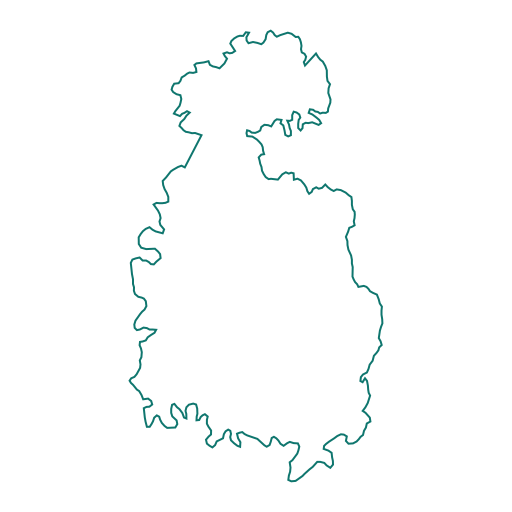 Curitibanos, Santa Catarina, Brazil
{"feature_id": "56859067B5132572853524", "entity_name": "Curitibanos", "entity_type": "district", "adm_level": 2, "iso_a3": "BRA", "parent_name": "Brazil", "parent_adm1": "Santa Catarina", "projection": "natural_earth1", "projection_center": [-50.624, -27.278], "detail": "fine", "context": "isolated", "style": "outline", "palette": "teal", "viewbox_px": 512, "rotation_deg": 0, "n_neighbors": 0, "source": "geoboundaries", "source_scale": "gbopen_adm2", "svg_char_len": 6046}
<svg xmlns="http://www.w3.org/2000/svg" viewBox="0 0 512 512"><path d="M143.2,399.3L148.1,398.6L151.2,401.0L152.2,404.5L149.4,406.7L146.5,406.9L143.8,408.2L144.8,417.5L145.6,421.8L146.9,426.8L149.7,426.8L151.5,424.1L153.0,421.3L154.2,417.7L156.8,415.4L159.2,416.7L160.1,419.6L161.8,422.9L164.6,426.0L167.2,427.9L175.3,427.5L177.3,424.1L176.6,420.4L172.3,416.4L171.2,412.9L171.2,408.9L172.1,404.8L174.4,403.9L177.0,407.2L179.5,409.2L182.4,413.1L184.0,417.5L186.4,418.5L186.3,413.9L185.5,410.9L186.4,407.3L188.9,404.7L193.2,403.6L196.1,404.5L197.2,408.6L197.4,413.8L196.7,416.5L196.5,420.3L199.2,420.0L200.7,417.0L202.6,415.3L204.9,414.2L207.7,416.5L206.9,419.8L206.9,423.7L208.4,426.6L211.1,430.5L211.0,434.5L208.6,436.6L206.0,439.7L206.9,443.6L209.5,445.7L212.4,447.4L215.1,445.1L216.7,441.4L223.0,438.3L223.9,434.1L225.6,431.3L228.2,429.6L230.3,430.8L231.0,433.9L230.2,437.1L231.0,440.3L234.0,443.2L237.4,445.8L240.1,446.8L240.4,442.2L238.1,438.3L237.0,433.7L239.6,432.7L242.3,432.1L244.5,434.0L247.2,435.4L257.4,438.9L264.4,445.3L266.7,446.7L269.6,445.0L270.8,441.6L271.7,438.0L273.9,436.8L276.3,438.3L278.4,440.5L280.5,443.8L283.6,445.8L287.3,443.1L289.8,441.9L293.6,443.1L297.9,443.4L299.3,446.6L298.4,450.4L297.3,453.6L292.4,460.2L289.7,462.3L290.5,467.6L290.1,471.8L288.9,475.5L288.3,479.9L291.3,481.3L295.6,480.9L302.5,476.0L304.6,473.8L309.6,469.3L312.7,466.9L317.2,461.9L320.4,461.9L324.3,462.9L326.6,465.4L330.3,467.8L333.0,464.6L332.9,461.0L332.1,457.3L331.6,452.8L328.4,450.6L323.7,448.9L324.1,445.9L326.0,444.0L329.0,441.7L334.2,438.3L337.3,436.0L340.9,434.3L343.8,434.6L346.8,436.4L345.9,440.9L348.5,443.7L353.0,443.4L356.6,441.5L358.8,439.2L360.6,436.8L363.0,435.0L364.0,430.8L365.9,427.6L366.8,423.5L370.4,421.5L369.8,417.6L365.5,412.8L362.7,410.9L365.4,407.3L367.7,403.1L370.1,395.6L368.7,392.8L368.2,389.7L367.9,385.6L367.0,380.9L365.0,378.3L362.6,382.2L360.4,381.0L360.9,377.1L363.0,374.5L366.9,372.5L368.5,368.9L369.7,364.6L372.6,360.8L373.9,355.8L376.6,352.8L378.4,350.3L379.2,347.4L381.7,345.0L380.6,341.3L378.8,338.1L379.9,330.6L381.1,326.7L382.4,323.4L382.2,319.2L381.5,314.7L381.5,310.6L381.9,306.6L379.8,303.5L378.7,299.2L376.9,294.6L373.0,292.9L370.0,291.2L368.5,288.9L366.5,286.9L363.8,285.9L358.4,286.9L357.2,284.3L355.1,282.1L353.7,279.5L352.5,276.6L352.7,267.1L351.9,263.5L351.9,259.8L351.1,255.5L348.4,249.6L347.5,245.1L347.4,241.1L345.9,236.9L348.1,231.7L349.3,227.8L351.8,226.9L354.6,225.3L353.8,221.3L354.5,218.2L354.8,214.7L354.6,211.8L352.8,209.3L351.9,204.9L351.9,200.9L351.4,197.0L348.8,195.3L345.7,192.6L340.8,190.1L336.7,189.4L333.7,191.0L330.8,189.5L327.8,187.2L325.3,184.5L322.0,187.9L318.7,188.7L316.2,187.3L312.9,189.1L311.7,191.9L309.1,193.8L307.4,191.2L306.3,187.6L304.3,184.4L300.9,180.4L297.5,178.7L293.9,179.7L293.6,173.3L291.2,172.7L288.8,173.6L285.8,172.3L282.3,174.3L277.9,179.6L271.0,178.8L268.6,179.1L265.7,177.1L263.7,174.1L262.0,170.7L261.5,167.0L260.2,163.7L259.6,160.6L258.7,157.4L261.3,154.6L264.1,154.2L263.1,150.8L262.7,147.2L261.5,144.4L259.2,141.8L256.9,139.5L252.4,136.6L247.2,136.1L246.5,133.2L247.1,130.3L249.6,131.0L251.7,132.6L255.2,132.9L258.0,131.8L260.2,130.5L261.3,127.0L264.4,124.8L268.2,125.2L271.2,126.4L274.6,120.9L276.8,119.3L281.5,119.9L280.5,123.3L283.3,125.4L284.5,130.3L285.3,134.9L288.2,136.4L290.9,135.2L290.9,131.0L289.7,128.1L289.0,124.5L287.3,120.7L289.8,120.9L292.2,119.8L292.2,115.1L293.7,111.7L296.6,112.5L299.3,114.5L300.3,117.6L298.7,119.9L298.2,123.8L298.2,128.0L300.6,130.5L302.5,128.2L302.8,124.3L305.6,122.8L308.3,123.1L312.2,122.3L318.6,124.9L321.1,123.2L319.2,119.9L316.5,117.6L312.4,114.5L308.7,112.9L309.9,109.3L313.1,109.8L315.3,111.5L317.8,111.9L320.1,113.5L322.7,112.7L325.8,112.9L327.9,111.6L328.2,108.4L330.3,102.7L330.5,99.4L328.3,93.0L328.6,88.3L330.0,84.2L327.5,80.9L326.9,76.6L326.8,70.3L325.3,66.0L322.8,61.6L320.3,59.7L318.1,57.0L316.0,53.5L305.0,65.5L303.8,62.1L305.3,59.8L306.1,56.6L304.5,53.8L301.8,52.4L301.0,49.2L301.5,45.9L300.9,42.3L299.9,39.2L298.3,36.8L295.7,37.0L291.6,33.8L287.8,32.7L280.3,35.1L276.8,36.7L274.7,35.1L273.1,32.6L270.7,30.7L267.7,32.2L266.3,35.0L265.6,39.2L263.4,42.6L261.3,44.2L257.4,42.9L253.0,42.0L248.5,43.2L246.6,40.5L246.4,37.3L249.0,32.7L245.8,32.3L243.2,35.9L239.7,35.8L237.4,36.5L234.2,38.4L231.4,41.0L230.3,43.6L235.1,51.0L232.2,52.9L229.6,53.3L227.0,52.3L223.5,53.5L224.8,56.0L227.0,58.7L224.4,63.5L219.5,68.3L216.1,67.1L212.8,66.4L209.9,64.8L208.5,61.2L203.9,62.4L196.4,63.4L194.4,65.0L196.0,68.4L196.4,72.0L193.1,72.9L189.5,72.5L187.2,73.6L184.6,75.7L181.7,77.4L180.4,80.9L178.6,83.2L174.2,83.7L172.4,86.8L171.6,89.7L173.2,92.1L176.5,94.2L180.4,95.2L181.3,99.0L180.5,102.8L179.6,105.8L175.3,111.2L173.9,113.6L180.0,116.1L182.1,113.8L184.4,112.9L187.0,111.2L189.7,112.6L186.5,115.6L184.3,119.0L180.7,122.4L179.4,125.9L181.7,128.1L183.5,130.2L185.8,131.8L188.7,132.3L192.0,133.2L195.1,133.0L201.5,135.2L184.8,167.4L181.5,165.7L178.0,167.0L173.1,169.8L170.8,171.4L166.1,177.4L162.7,181.0L163.2,185.1L164.6,189.1L166.7,192.8L168.3,196.9L168.3,201.6L165.5,202.8L162.3,203.2L159.5,203.2L156.5,202.9L153.6,204.5L158.0,210.6L159.8,214.3L160.6,218.1L159.5,221.5L160.3,224.9L164.1,229.4L162.7,233.3L155.6,231.4L152.5,229.7L149.5,227.2L145.7,228.9L142.9,231.2L140.7,234.0L138.7,237.3L138.8,244.0L141.2,247.7L146.2,249.1L154.9,248.7L158.1,251.6L160.1,254.1L160.6,258.1L156.4,261.6L153.8,264.4L150.9,264.1L148.9,262.1L146.1,260.5L142.6,260.5L139.6,257.5L135.7,258.4L132.4,259.6L130.8,262.9L132.0,274.2L133.0,279.3L133.0,284.0L134.0,287.3L133.9,290.8L135.0,294.0L138.3,296.8L141.7,297.6L143.9,298.6L145.8,301.2L146.4,306.1L144.5,309.6L142.1,311.7L140.1,314.1L135.5,320.6L134.3,324.5L134.7,327.9L136.9,330.1L139.9,329.5L143.5,327.6L146.9,328.1L149.5,329.5L152.2,329.5L156.1,329.8L154.5,332.8L151.1,334.9L147.7,337.3L145.8,340.4L142.6,341.5L140.0,341.9L139.6,345.2L141.0,348.5L141.8,352.2L141.4,357.2L139.8,360.4L140.5,364.4L140.1,367.9L136.6,374.3L134.4,376.9L131.2,378.3L129.6,380.7L131.0,383.0L133.0,384.8L136.9,389.6L139.2,391.1L141.5,395.0L143.2,399.3Z" fill="none" stroke="#0f766e" stroke-width="2"/></svg>